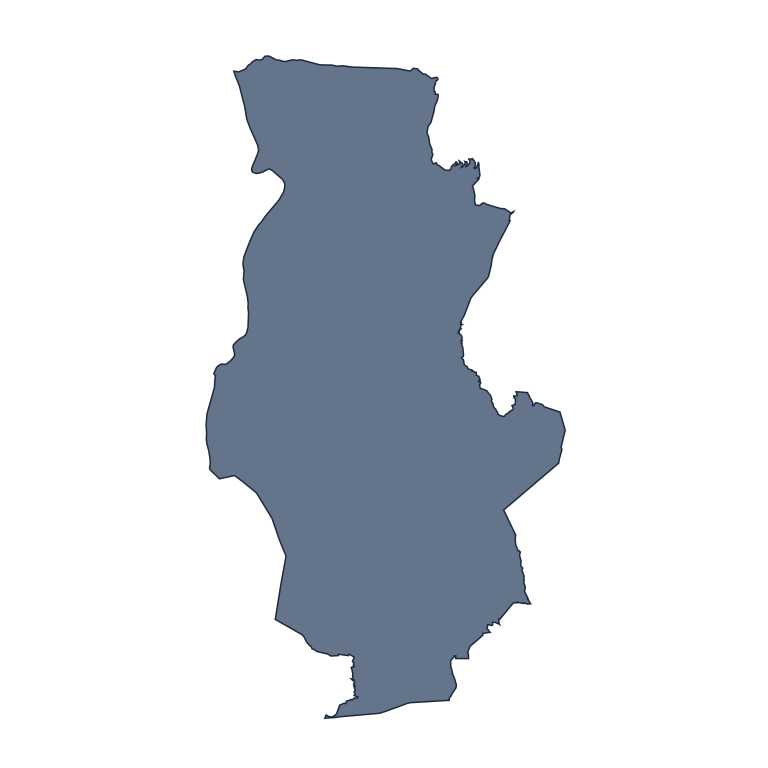 Zapotlán del Rey, Jalisco, Mexico, rotated 88°
{"feature_id": "50627088B65473420567883", "entity_name": "Zapotlán del Rey", "entity_type": "district", "adm_level": 2, "iso_a3": "MEX", "parent_name": "Mexico", "parent_adm1": "Jalisco", "projection": "mercator", "projection_center": [-102.928, 20.466], "detail": "fine", "context": "isolated", "style": "filled", "palette": "slate", "viewbox_px": 768, "rotation_deg": 88, "n_neighbors": 0, "source": "geoboundaries", "source_scale": "gbopen_adm2", "svg_char_len": 6111}
<svg xmlns="http://www.w3.org/2000/svg" viewBox="0 0 768 768"><g transform="rotate(88 384 384)"><path d="M66.1,523.2L72.0,521.4L81.1,518.1L102.1,513.5L112.4,512.2L116.2,511.4L123.8,508.8L140.7,502.0L143.8,501.4L146.4,501.3L148.9,502.0L163.7,508.7L166.1,508.8L167.8,507.8L169.2,504.2L168.8,500.8L167.8,497.5L165.1,492.1L165.3,490.4L166.9,488.0L175.7,478.6L177.4,477.5L180.0,476.4L182.5,476.1L188.3,477.5L196.4,482.5L211.9,496.5L218.6,501.6L220.3,503.5L227.5,508.6L237.4,513.4L252.3,519.7L259.2,520.8L266.6,519.9L273.5,520.8L275.8,520.7L291.3,517.6L298.7,516.9L303.1,517.3L308.0,516.9L322.4,517.9L328.1,519.6L330.4,520.9L332.2,523.5L333.5,526.3L336.5,530.1L339.9,533.3L342.4,533.5L348.5,532.2L350.5,532.6L352.2,533.5L355.7,536.8L358.4,540.8L358.8,542.2L358.4,545.4L358.7,546.8L360.8,550.0L362.1,551.0L367.9,553.7L370.1,552.1L371.5,552.6L381.6,553.6L407.8,562.0L418.7,563.2L427.4,563.0L432.5,563.5L436.9,563.2L445.1,561.4L453.6,560.4L457.6,560.4L461.0,561.2L462.7,561.2L465.0,559.7L469.1,555.4L473.0,551.8L470.3,536.5L475.5,530.0L488.3,515.3L514.4,500.6L536.7,493.8L552.5,487.9L580.5,494.0L615.5,500.9L623.7,487.5L623.9,486.5L624.3,486.6L631.7,474.6L634.3,472.5L639.0,470.6L642.9,467.3L643.9,466.0L646.3,465.0L647.0,462.6L648.0,461.9L649.2,459.7L652.0,449.4L653.8,447.0L654.0,445.4L653.8,439.1L652.5,439.0L654.2,429.0L652.9,428.6L652.8,428.3L655.8,423.4L660.3,425.2L661.2,424.0L663.8,424.4L664.6,423.5L665.0,423.5L665.6,424.3L665.3,424.7L665.8,425.3L666.0,426.5L667.0,426.6L667.2,426.3L672.2,425.3L675.1,425.5L675.3,425.2L677.9,425.8L677.6,427.0L679.2,425.6L678.7,424.1L680.4,424.3L680.6,423.7L681.1,423.6L683.0,424.9L683.9,423.7L684.8,424.8L685.4,424.7L685.6,423.8L687.2,424.1L689.2,423.4L690.5,424.6L691.2,424.6L692.2,423.7L692.8,423.5L694.3,424.8L695.9,421.0L697.2,421.7L696.7,424.1L697.4,425.6L698.6,426.0L698.1,428.1L699.3,430.4L699.5,432.5L702.1,433.3L701.6,434.9L703.4,439.5L709.8,442.0L711.8,442.9L713.1,444.1L714.7,447.0L714.9,448.5L714.3,451.0L712.8,453.3L713.7,454.1L715.3,454.2L715.9,454.7L715.6,445.0L715.0,439.1L713.0,401.3L712.7,399.0L711.1,393.5L704.0,371.9L703.4,368.5L702.4,329.9L699.4,329.3L697.9,327.6L696.5,327.2L690.4,322.8L688.4,322.3L685.8,322.3L684.9,323.0L682.5,323.3L677.2,325.0L676.5,325.9L675.0,325.6L672.8,326.1L669.7,326.8L669.6,327.2L662.9,327.0L658.5,323.1L658.1,323.1L658.2,321.7L660.9,322.1L661.4,309.1L656.2,309.1L655.4,309.9L654.5,309.8L654.2,309.3L649.1,307.1L638.7,294.1L636.7,293.9L635.9,286.6L631.5,289.8L629.8,288.9L628.1,288.8L628.7,285.8L629.1,285.5L628.7,283.8L625.9,283.9L626.2,280.9L627.4,278.8L627.0,278.4L628.2,277.0L626.7,277.5L622.9,277.6L622.7,277.2L623.2,276.5L607.3,262.4L607.3,258.4L606.7,258.4L608.2,252.5L607.5,252.2L608.9,248.3L608.8,245.1L603.5,248.1L603.3,248.1L603.4,247.6L596.0,250.9L593.8,250.1L591.5,249.9L587.5,251.3L585.2,250.7L582.5,251.0L581.4,250.6L574.6,252.7L573.2,251.8L572.2,252.1L571.2,253.4L567.2,253.6L565.9,253.1L560.8,254.4L558.3,254.2L556.7,253.6L555.2,255.2L555.4,255.7L549.0,258.1L543.3,258.2L539.0,257.7L537.0,258.8L514.1,268.8L469.1,212.1L465.6,211.5L455.9,208.5L453.2,209.2L436.5,204.5L418.2,209.1L412.3,224.8L410.2,226.3L408.5,230.9L408.0,232.9L409.2,234.1L410.6,234.8L410.8,236.2L408.1,235.9L404.3,237.7L403.0,238.8L400.9,239.2L399.3,240.3L397.6,240.8L396.3,252.3L400.1,251.3L400.7,252.4L400.4,254.7L402.0,254.6L404.4,252.9L405.3,253.3L409.0,253.7L410.0,256.9L412.8,255.6L414.1,256.2L416.4,260.1L417.4,260.7L418.5,263.2L420.6,264.9L420.4,266.7L419.3,269.6L418.2,271.2L416.0,271.6L414.3,272.9L413.0,273.2L411.4,274.8L410.0,275.5L407.3,275.8L405.2,277.2L402.8,276.7L398.9,278.1L396.7,280.0L394.7,281.1L392.9,284.3L391.7,287.9L388.3,288.6L386.4,287.3L385.8,287.7L385.2,287.5L384.3,288.0L385.0,289.1L384.9,289.4L383.9,289.1L383.1,287.8L379.7,289.0L378.5,291.4L375.5,291.4L375.6,292.4L374.7,293.6L374.2,295.6L373.5,295.1L373.3,295.2L372.0,299.0L371.3,299.7L369.7,300.2L368.5,302.2L366.6,303.4L364.6,303.4L362.4,303.9L360.5,305.7L360.0,305.6L359.3,303.8L357.8,303.5L350.8,303.9L346.0,305.2L346.0,304.7L343.5,305.5L343.4,304.3L339.5,304.5L337.3,305.5L336.6,306.9L335.1,307.2L335.3,308.1L334.7,307.6L334.9,307.0L334.6,306.8L333.8,307.4L331.9,305.4L332.0,306.5L330.9,305.7L327.7,304.9L327.2,303.8L327.0,304.8L325.4,304.7L326.2,305.3L325.2,305.4L317.6,301.1L301.7,294.4L298.6,292.2L281.8,276.8L280.0,275.7L269.6,272.8L263.1,271.7L257.8,270.1L244.5,263.1L227.6,253.5L225.0,252.3L224.8,253.1L219.9,252.3L219.0,251.6L217.1,249.0L216.1,248.4L217.7,251.6L216.8,252.1L212.9,257.6L212.8,260.8L210.9,266.9L208.1,275.0L206.8,277.2L206.5,279.0L207.7,280.7L209.0,281.9L208.3,286.2L204.3,287.1L198.6,286.6L191.5,287.9L189.3,288.8L182.5,282.0L181.5,283.4L181.3,282.0L180.9,281.6L178.8,280.8L170.3,281.6L168.8,281.4L165.3,281.9L167.8,282.5L170.7,283.9L171.6,284.6L171.9,285.6L171.2,286.5L170.8,285.7L169.9,285.3L166.5,284.9L164.2,285.9L161.7,287.9L162.4,289.9L162.0,291.4L162.2,291.6L164.0,290.2L165.2,290.2L168.7,292.5L169.5,294.3L166.0,293.2L165.2,293.3L164.7,293.8L164.4,295.5L165.2,295.0L167.3,295.7L169.4,297.3L170.0,298.9L168.4,297.7L166.4,297.8L165.5,298.7L164.8,300.2L164.0,300.5L163.6,301.1L165.5,300.6L166.5,300.7L168.2,304.7L166.1,303.1L164.6,303.8L164.6,304.4L166.2,305.6L168.4,308.6L171.8,309.9L172.8,311.7L172.3,315.7L168.0,320.8L166.6,323.4L165.0,323.7L164.7,324.5L165.4,325.5L165.7,326.9L165.6,327.3L161.4,329.0L156.6,327.3L155.7,327.3L154.2,328.1L151.3,327.8L145.8,329.9L138.9,330.7L134.7,332.3L128.2,331.0L124.3,328.0L113.3,324.5L108.2,323.6L103.2,321.1L98.6,319.8L96.4,319.9L96.2,322.7L94.0,322.6L92.8,323.7L89.6,323.6L87.7,323.1L85.8,322.0L84.4,322.1L83.0,321.4L82.2,320.0L81.5,319.5L80.4,319.6L79.4,320.4L79.7,323.4L80.3,325.5L80.1,326.3L75.7,331.8L75.8,333.4L75.2,334.5L71.1,339.1L70.3,339.2L69.5,343.6L71.6,346.1L72.1,347.4L69.2,359.7L66.1,405.4L64.6,413.5L64.7,419.9L63.5,424.7L62.8,436.9L57.3,455.0L57.1,457.0L57.5,459.3L56.8,464.5L58.2,470.7L58.2,472.4L57.7,474.8L56.6,477.4L56.6,479.5L55.6,481.7L52.5,486.9L52.1,489.3L52.4,491.7L55.6,494.7L56.0,496.6L55.3,500.2L56.2,502.3L58.1,505.1L59.4,506.0L60.4,508.0L61.7,509.4L62.9,510.1L64.7,512.1L67.0,518.3L66.1,523.2Z" fill="#64748b" stroke="#1e293b" stroke-width="1.5"/></g></svg>